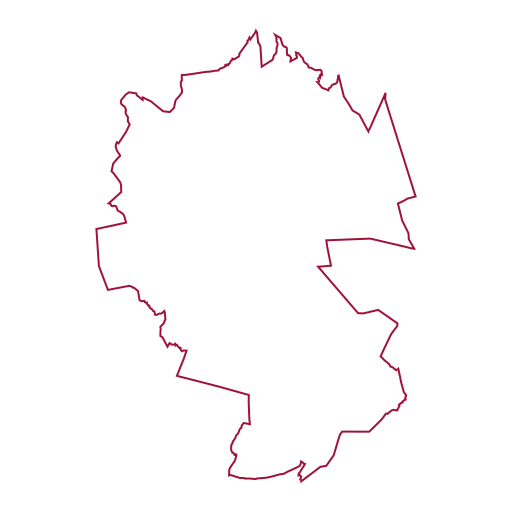 outline of Tolimán, Querétaro, Mexico
{"feature_id": "50627088B20666054453423", "entity_name": "Tolimán", "entity_type": "district", "adm_level": 2, "iso_a3": "MEX", "parent_name": "Mexico", "parent_adm1": "Querétaro", "projection": "equal_earth", "projection_center": [-99.936, 20.913], "detail": "fine", "context": "isolated", "style": "outline", "palette": "rose", "viewbox_px": 512, "rotation_deg": 0, "n_neighbors": 0, "source": "geoboundaries", "source_scale": "gbopen_adm2", "svg_char_len": 5896}
<svg xmlns="http://www.w3.org/2000/svg" viewBox="0 0 512 512"><path d="M96.4,229.0L98.9,266.0L107.9,289.9L129.4,285.8L132.4,287.0L132.8,287.6L133.9,287.7L138.0,291.0L139.0,296.6L139.5,300.0L141.3,301.2L144.4,300.9L144.8,302.2L145.6,302.5L146.9,302.5L146.9,303.4L147.2,304.2L147.9,304.7L148.2,305.5L149.2,305.5L149.6,306.3L149.5,307.3L150.3,308.2L151.4,308.8L152.4,309.8L153.2,311.1L154.3,311.3L155.2,314.9L156.7,314.9L158.9,313.6L161.3,313.6L162.3,312.9L164.3,311.0L164.8,312.3L165.4,319.3L163.4,323.8L161.9,325.1L160.3,327.0L160.7,329.1L160.4,332.7L160.4,335.9L162.4,337.2L167.5,346.7L169.0,344.1L169.5,343.1L170.5,343.5L171.7,344.6L174.6,344.6L175.1,343.8L175.6,344.7L175.6,345.4L176.9,344.7L177.6,346.0L179.4,347.9L179.9,347.6L180.7,348.1L180.4,349.2L181.2,350.4L182.0,351.3L183.7,350.4L186.5,350.7L186.3,351.1L184.1,357.8L178.6,371.6L176.9,375.8L180.4,376.8L185.0,377.9L221.0,387.2L241.4,392.9L248.8,395.0L248.7,403.1L249.4,419.7L249.9,424.2L243.8,423.0L241.9,425.2L241.5,426.2L241.6,427.5L239.6,429.4L238.8,431.9L237.8,433.9L236.3,435.2L235.3,438.0L233.3,440.9L232.6,442.2L232.3,443.7L231.3,444.8L231.1,449.9L232.4,452.7L233.6,453.0L234.6,455.0L235.4,454.9L235.9,454.3L236.5,454.9L234.9,460.7L230.1,467.7L229.8,468.5L229.2,470.3L229.1,475.3L229.9,474.8L239.6,477.9L244.6,478.1L245.1,478.6L249.0,478.5L253.0,478.8L255.8,479.1L256.9,478.5L258.2,478.4L266.4,477.7L267.9,477.4L269.9,477.0L275.2,475.6L279.5,474.4L284.0,473.7L286.6,472.2L297.1,467.3L299.6,466.0L300.8,463.7L301.0,461.5L302.7,462.4L303.7,463.6L305.0,464.0L300.2,471.7L298.7,473.6L298.6,474.3L299.2,474.0L298.8,475.4L299.7,475.2L301.0,476.4L301.2,476.6L301.0,477.5L300.7,478.1L300.2,479.4L301.3,480.3L301.3,481.3L307.7,476.4L309.6,475.0L312.3,473.0L320.4,466.8L323.1,466.4L326.3,465.8L329.8,460.8L333.5,455.6L333.7,455.2L334.4,452.9L334.9,451.1L335.5,449.3L335.5,449.2L336.1,447.2L336.5,445.8L337.2,443.5L337.9,441.0L338.0,440.8L339.9,434.7L340.2,434.2L342.2,431.6L346.4,431.6L369.2,431.7L381.3,419.8L381.6,419.4L382.8,417.9L383.1,417.5L385.7,414.0L386.0,413.6L386.8,413.7L387.5,413.9L390.6,411.2L391.4,410.6L392.4,410.1L393.6,409.8L395.3,410.2L397.0,410.5L397.5,410.1L397.6,409.6L397.7,409.3L397.8,408.8L398.0,408.5L398.0,408.4L398.5,407.8L398.6,407.4L399.4,406.0L399.1,405.5L399.3,404.9L399.2,404.8L399.1,404.6L399.9,404.1L400.5,403.3L402.4,402.6L402.1,402.2L403.0,401.1L404.3,400.2L405.2,399.8L404.9,399.2L405.1,398.7L405.6,398.7L405.4,397.2L406.0,396.0L406.1,395.2L403.8,392.0L401.0,381.8L401.0,381.1L400.3,378.8L400.4,378.1L399.6,374.8L399.4,374.5L399.5,374.3L398.3,368.8L398.1,369.0L396.9,369.6L396.4,370.0L396.2,370.2L395.0,369.3L394.0,368.6L393.6,368.1L393.2,367.7L392.4,367.2L392.2,367.1L391.3,366.9L389.9,366.0L389.7,364.8L389.3,364.4L388.5,363.6L387.7,362.9L387.1,362.4L386.9,362.3L384.6,360.4L383.2,359.0L382.4,358.0L382.0,357.7L380.6,356.4L383.0,351.2L383.8,349.3L384.3,348.4L387.7,341.3L388.7,339.3L388.7,339.2L388.8,338.9L389.7,337.1L391.2,334.2L391.5,333.6L393.4,331.1L393.6,330.8L397.3,325.9L397.5,323.4L378.2,309.9L363.4,313.4L358.1,313.2L318.1,266.7L323.6,266.3L331.0,265.7L330.7,264.2L327.3,247.3L326.3,240.3L332.2,240.1L354.8,239.2L370.3,238.6L408.2,247.5L410.3,248.1L412.7,248.5L414.1,248.8L414.3,248.8L408.8,239.3L408.5,233.3L402.2,220.6L397.9,203.5L401.9,201.7L405.4,199.9L407.4,198.6L415.6,196.5L409.1,175.9L391.7,120.4L385.1,99.3L385.6,92.9L369.9,128.3L368.9,129.9L368.4,131.5L367.4,129.7L361.0,117.7L359.4,114.6L352.6,110.5L351.7,109.0L348.5,103.6L344.9,98.1L343.9,96.6L338.8,76.2L338.8,75.6L338.3,75.6L338.0,76.5L338.0,77.8L337.5,80.4L337.3,81.9L336.4,83.2L335.3,83.9L333.7,84.2L331.7,85.3L331.2,86.5L330.4,87.6L329.2,88.0L328.7,89.0L328.4,90.3L327.2,89.8L322.1,87.8L319.3,84.4L317.3,82.1L318.5,82.1L319.1,81.4L319.0,80.5L318.3,79.5L318.5,77.9L319.5,77.0L320.0,77.5L320.0,75.1L320.5,74.7L321.0,75.7L321.6,75.4L321.5,74.4L322.1,74.4L321.6,72.8L321.7,71.9L321.5,71.0L320.2,69.7L318.3,70.0L316.0,70.2L314.5,69.7L311.0,67.8L308.8,67.5L307.4,64.4L304.3,62.2L303.6,60.9L302.6,57.8L301.2,56.7L298.7,53.4L295.9,52.5L296.3,54.2L296.2,55.4L296.9,56.0L296.9,57.9L293.7,59.6L290.4,61.4L290.4,60.7L290.9,59.9L290.9,59.3L291.1,58.0L290.3,56.7L288.9,55.2L287.8,55.2L287.3,55.0L287.0,54.7L286.8,48.1L286.1,47.1L284.0,46.6L282.4,44.5L280.5,38.0L275.2,34.9L276.3,36.9L276.5,39.3L276.5,41.4L277.4,43.1L277.5,45.2L276.6,48.1L276.5,52.2L275.4,54.2L274.3,54.8L273.5,56.4L273.3,58.0L272.4,59.9L261.7,66.7L260.4,46.3L259.0,43.4L258.0,42.5L258.0,41.2L257.0,32.3L255.9,30.7L254.9,33.0L250.4,39.4L249.4,37.5L248.4,40.0L247.4,40.7L247.6,42.3L239.3,53.8L239.4,55.4L238.9,56.4L234.3,59.3L232.5,58.6L232.3,59.9L230.9,60.6L230.8,61.2L229.6,63.5L228.8,63.8L228.3,65.0L227.2,64.4L226.4,65.7L225.3,65.1L225.0,66.3L224.4,67.0L221.3,68.3L220.2,68.5L218.2,70.5L214.6,70.8L210.1,71.6L205.8,71.9L203.0,72.3L194.0,73.7L185.3,74.9L181.8,75.0L181.7,77.2L181.9,80.6L180.8,81.8L180.9,86.0L181.5,87.6L182.0,90.4L182.0,92.4L179.3,96.1L178.4,97.0L177.8,97.8L177.0,98.6L176.2,99.5L175.1,101.8L174.9,103.6L174.5,105.5L174.0,107.8L169.9,112.0L166.7,111.7L163.1,111.3L150.9,101.3L142.7,97.4L142.6,99.9L136.8,95.3L136.3,93.4L129.2,92.3L126.0,94.3L121.9,99.2L121.1,100.4L120.8,102.7L121.4,104.1L122.9,105.5L124.6,106.7L125.5,108.3L126.0,110.6L125.5,111.2L125.7,113.5L126.1,114.1L126.7,115.5L127.8,116.8L128.0,117.6L127.9,118.6L127.8,120.3L127.8,120.8L128.0,121.5L129.7,124.4L126.0,132.0L120.0,141.1L118.5,143.4L117.0,142.2L116.0,144.2L115.7,146.0L115.8,147.1L116.2,148.1L116.6,150.0L117.5,151.5L120.1,155.5L120.1,155.9L117.7,158.2L113.2,163.6L111.5,171.2L113.4,173.0L117.1,178.0L120.2,182.3L120.9,184.5L121.0,185.0L121.1,185.8L121.2,192.0L120.5,192.7L108.7,203.4L110.4,203.8L111.2,205.4L111.6,206.0L112.9,206.2L113.8,205.7L115.2,205.9L115.6,206.1L116.1,206.4L116.3,206.8L117.0,208.8L117.6,210.1L117.8,210.6L118.6,211.2L120.0,211.7L123.2,214.2L124.3,216.2L125.0,218.9L126.1,222.6L116.5,224.7L96.4,229.0Z" fill="none" stroke="#9f1239" stroke-width="2"/></svg>